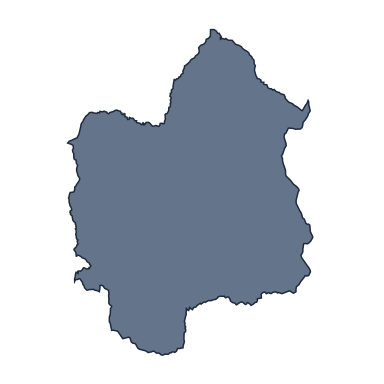 the district of Hacarí, Norte de Santander, Colombia, rotated 356°
{"feature_id": "7082276B96739100690345", "entity_name": "Hacarí", "entity_type": "district", "adm_level": 2, "iso_a3": "COL", "parent_name": "Colombia", "parent_adm1": "Norte de Santander", "projection": "robinson", "projection_center": [-73.084, 8.368], "detail": "fine", "context": "isolated", "style": "filled", "palette": "slate", "viewbox_px": 384, "rotation_deg": 356, "n_neighbors": 0, "source": "geoboundaries", "source_scale": "gbopen_adm2", "svg_char_len": 5954}
<svg xmlns="http://www.w3.org/2000/svg" viewBox="0 0 384 384"><g transform="rotate(356 192 192)"><path d="M288.8,298.7L288.8,296.7L289.5,293.9L292.3,291.8L294.1,289.1L298.0,284.8L298.9,283.4L300.3,283.8L302.5,283.5L304.6,280.0L304.4,278.4L303.5,276.2L296.9,265.4L296.2,262.5L297.1,261.7L298.4,259.4L298.6,256.7L299.8,251.4L300.4,251.2L303.5,251.7L304.7,251.2L306.9,249.4L309.3,245.7L309.1,244.4L307.3,239.9L307.2,233.4L306.1,232.2L304.5,232.1L303.6,231.4L302.0,226.7L300.5,225.5L299.6,220.7L298.2,218.3L295.2,210.8L295.2,207.8L297.9,199.4L298.9,197.9L298.6,196.4L296.7,193.8L293.8,191.4L290.9,187.0L287.1,182.8L286.6,181.1L286.8,176.8L285.0,170.2L284.5,167.3L284.6,164.6L283.7,162.4L285.0,160.7L287.2,155.4L289.2,152.3L289.1,150.0L287.6,143.7L288.4,140.4L289.2,140.3L289.8,139.8L292.6,135.0L296.3,135.4L299.8,136.6L304.6,136.7L306.2,135.5L307.0,133.6L307.7,130.2L309.3,128.8L312.5,124.7L313.6,122.0L315.6,119.3L314.6,113.4L314.7,110.0L314.2,108.8L312.7,111.9L311.3,113.3L307.9,118.4L307.1,118.4L302.8,114.4L300.4,113.0L298.3,110.9L294.7,109.1L291.4,104.9L291.5,103.4L290.5,101.3L287.1,100.1L286.1,98.8L284.4,98.4L282.8,97.5L281.0,95.4L279.7,96.0L278.4,94.5L277.1,94.6L275.1,93.4L274.1,90.3L271.4,89.7L270.9,89.1L271.3,87.6L268.7,87.2L268.3,86.7L268.7,85.6L268.4,85.0L266.6,83.7L265.2,83.4L263.9,80.3L262.8,75.1L263.2,72.7L264.0,70.7L262.9,68.1L263.1,65.4L262.7,64.3L261.6,63.0L261.0,61.2L259.0,59.3L258.4,57.3L257.0,55.7L253.6,53.5L251.9,51.6L251.5,50.6L248.7,48.8L245.7,47.7L242.7,43.5L238.8,43.1L236.4,41.2L235.4,41.9L232.5,40.8L231.1,41.6L231.1,40.0L232.0,40.0L232.1,39.3L230.1,35.6L228.8,35.5L227.3,33.0L225.3,31.5L221.8,31.3L221.2,37.9L219.2,39.8L216.8,40.7L216.2,43.1L215.1,44.6L213.6,45.5L210.9,46.3L208.7,48.5L209.1,52.2L208.4,54.0L207.2,55.2L205.1,56.4L203.8,58.4L201.1,59.4L200.0,60.2L198.7,62.1L195.1,64.9L193.4,65.7L193.0,67.6L191.3,71.0L191.6,72.6L189.3,74.2L188.5,76.2L187.1,76.3L186.1,77.9L184.7,78.0L183.3,79.3L182.4,78.5L182.0,78.7L180.5,84.9L180.4,87.3L178.5,88.9L178.5,91.7L177.2,92.1L177.2,93.5L176.6,94.9L177.6,96.0L177.9,97.0L176.8,98.6L177.2,101.2L176.3,102.6L176.6,103.5L176.2,105.4L174.8,106.0L174.3,109.5L172.6,112.0L171.1,112.2L170.5,112.9L170.5,117.6L169.4,119.9L169.3,121.2L168.8,121.9L168.0,122.0L166.9,121.3L165.0,121.4L164.5,123.3L163.3,124.3L160.5,123.1L158.3,123.7L157.1,123.5L154.4,120.1L153.4,119.5L151.1,119.4L149.5,121.6L148.9,121.4L148.8,120.3L148.0,119.5L147.3,120.1L147.7,121.4L145.8,121.2L145.0,119.8L141.8,119.0L141.4,118.3L141.7,117.1L139.9,116.9L138.9,115.0L138.1,114.2L136.8,114.4L134.9,113.3L134.5,113.6L134.6,114.4L134.1,115.2L132.9,115.2L132.4,112.9L130.4,112.1L130.5,109.4L129.7,109.0L129.0,110.1L128.3,110.1L127.5,109.5L127.7,108.5L126.7,108.2L126.2,106.4L124.2,105.9L122.9,105.0L120.8,105.3L119.6,106.1L115.6,107.0L114.3,108.2L112.9,107.3L112.4,106.3L111.4,106.1L110.0,105.2L108.2,105.8L105.9,105.1L105.1,106.6L103.7,106.1L102.3,106.9L99.1,106.2L98.3,105.6L95.3,105.6L94.0,107.1L91.4,109.0L88.9,112.3L88.0,114.3L86.8,115.4L85.9,117.1L85.8,118.3L83.3,126.3L81.1,129.9L72.9,132.9L71.4,134.5L75.1,136.1L76.7,137.4L76.7,140.2L75.7,141.9L75.8,143.4L76.7,145.5L76.5,150.1L77.1,151.4L78.6,152.1L78.6,154.9L79.7,157.6L78.5,160.8L78.4,162.8L79.4,167.8L81.0,170.7L80.3,172.9L77.3,176.6L76.8,177.7L75.4,178.8L75.3,180.7L74.4,183.4L73.6,183.8L70.5,184.0L69.6,185.7L68.9,188.6L68.4,189.2L68.9,191.0L68.7,193.5L69.5,197.6L70.3,198.8L70.7,200.6L70.5,202.0L69.2,202.4L68.8,203.8L69.5,204.6L69.1,205.5L69.7,206.5L70.7,207.4L71.2,211.9L72.0,213.2L73.6,214.6L73.3,215.7L74.0,217.2L73.7,218.2L74.0,219.0L73.9,220.0L73.1,220.7L73.7,221.5L73.7,222.9L73.7,224.5L73.1,225.8L73.1,226.8L73.6,227.6L73.3,229.6L74.1,231.4L74.9,232.0L74.0,233.0L74.6,236.1L73.7,236.5L73.0,238.3L71.9,239.5L70.8,240.1L70.2,241.3L71.9,244.1L72.1,247.9L72.5,248.0L73.4,247.1L74.2,247.1L77.3,249.0L77.7,249.9L80.7,251.3L81.5,252.1L82.5,254.2L84.7,255.9L85.0,257.3L86.0,258.4L85.4,259.7L84.0,260.2L84.1,261.3L81.4,261.4L79.1,260.1L78.3,260.1L76.9,262.2L75.2,263.2L73.8,262.9L72.5,263.1L72.4,263.6L72.9,264.1L72.7,265.3L71.7,264.3L70.7,264.0L69.9,266.3L69.6,268.5L68.8,270.3L68.7,273.0L69.7,271.4L72.1,271.2L73.4,270.6L74.2,270.9L76.4,274.5L76.7,276.6L77.8,278.2L78.2,280.2L80.4,282.7L82.6,282.2L87.3,282.3L88.2,283.2L90.9,283.9L92.6,285.0L93.3,282.2L93.7,278.9L94.8,278.7L95.9,279.0L97.1,280.0L98.1,282.0L101.3,283.8L101.8,284.6L102.1,287.1L101.6,289.2L101.6,292.3L102.0,293.3L101.5,293.9L101.3,297.2L102.0,298.5L103.9,300.3L103.7,301.1L102.6,302.4L101.9,308.3L100.8,311.0L100.5,315.9L101.2,316.9L102.2,324.4L104.0,324.4L108.2,325.7L112.7,333.5L118.4,332.4L119.9,333.0L121.0,337.4L122.3,338.6L125.0,339.4L127.1,344.1L128.4,345.1L134.6,347.2L137.1,349.1L140.7,348.6L141.6,348.1L143.4,348.4L145.1,350.2L147.7,350.4L148.8,351.1L149.2,351.9L151.0,352.7L154.0,351.9L156.6,352.2L157.4,352.0L158.4,351.0L160.3,350.9L160.8,350.2L162.3,350.2L163.7,350.8L165.4,349.7L166.7,347.1L168.5,347.3L172.2,346.8L172.3,345.4L173.9,340.9L173.7,338.1L174.2,332.8L174.6,331.6L175.8,331.0L176.1,328.3L175.6,327.3L176.3,326.1L175.5,325.1L175.9,322.2L175.3,320.9L177.1,315.0L177.7,314.0L177.7,311.9L178.3,308.0L179.9,309.9L180.4,310.0L181.6,307.1L182.7,308.3L184.3,309.4L185.5,307.4L187.9,307.0L189.0,305.6L192.3,303.7L192.8,303.7L193.2,304.5L196.5,302.4L197.6,303.0L200.8,301.5L203.7,301.7L206.0,300.9L208.1,300.8L210.1,299.5L210.7,298.4L213.1,297.9L215.6,298.3L217.0,298.2L217.5,299.3L218.3,299.9L220.1,299.2L221.2,299.4L222.3,301.1L222.8,303.5L224.9,305.2L227.0,305.8L228.2,307.5L228.7,307.6L232.0,305.6L233.8,305.1L235.2,305.8L237.3,307.9L238.6,307.5L239.4,306.2L239.8,306.2L241.8,307.6L243.0,309.2L245.2,308.2L247.1,306.7L248.8,306.4L249.7,304.9L249.6,303.5L249.9,303.0L253.8,302.6L253.9,298.9L254.3,298.2L256.3,297.0L257.8,297.0L259.1,298.6L261.2,297.8L263.7,298.8L264.6,298.6L265.2,297.8L268.7,297.4L269.7,297.9L270.1,298.7L271.6,298.4L274.6,299.7L282.0,297.5L283.2,297.7L285.1,299.4L286.4,300.0L288.8,298.7Z" fill="#64748b" stroke="#1e293b" stroke-width="1.5"/></g></svg>